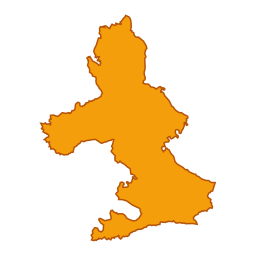 the district of Kubake, Maseru, Lesotho
{"feature_id": "5366337B67565393962303", "entity_name": "Kubake", "entity_type": "district", "adm_level": 2, "iso_a3": "LSO", "parent_name": "Lesotho", "parent_adm1": "Maseru", "projection": "orthographic", "projection_center": [27.695, -29.673], "detail": "fine", "context": "isolated", "style": "filled", "palette": "amber", "viewbox_px": 256, "rotation_deg": 0, "n_neighbors": 0, "source": "geoboundaries", "source_scale": "gbopen_adm2", "svg_char_len": 5847}
<svg xmlns="http://www.w3.org/2000/svg" viewBox="0 0 256 256"><path d="M206.9,211.1L207.5,209.7L209.9,207.8L212.2,208.1L212.5,206.9L211.3,203.9L211.6,202.9L210.3,202.1L210.9,199.4L208.4,197.8L207.6,196.4L207.8,195.0L209.0,192.9L210.3,192.4L211.0,191.2L212.5,191.1L215.2,182.6L211.7,182.5L210.3,182.0L208.8,180.6L205.7,180.4L201.3,178.8L198.9,176.7L196.2,175.6L195.8,174.3L193.7,173.9L189.2,171.9L188.4,170.8L187.6,170.5L187.5,169.7L185.8,169.7L184.5,169.0L183.2,167.6L177.1,164.0L175.1,161.7L173.6,156.4L171.1,153.7L169.0,149.8L167.4,149.0L167.0,148.3L165.8,148.4L165.1,150.3L164.2,150.6L163.4,151.7L161.8,149.2L161.6,148.1L162.6,146.4L165.3,146.8L164.0,143.6L164.2,142.9L166.2,141.9L168.2,142.0L169.2,140.9L169.1,140.2L167.2,137.9L168.8,136.7L169.9,136.5L170.3,138.3L171.5,138.8L173.7,137.6L174.8,136.4L176.2,136.4L177.6,137.9L178.1,137.4L178.2,136.0L175.5,133.7L175.4,130.9L175.8,129.9L177.1,129.6L179.0,130.5L179.2,133.1L180.5,133.4L181.1,133.0L181.9,130.3L183.1,128.9L184.2,125.8L184.4,123.8L184.0,123.1L184.5,122.5L185.1,122.8L186.3,125.1L186.8,125.4L187.6,124.8L186.0,122.1L186.8,120.2L186.3,118.8L187.9,117.9L187.6,116.2L184.0,114.5L181.6,112.7L179.1,112.6L175.5,110.1L172.9,106.7L171.7,106.1L169.2,100.8L164.7,95.7L163.6,93.0L161.8,91.8L161.0,92.3L160.7,91.9L160.8,90.7L161.3,90.1L162.8,89.4L163.8,90.0L164.7,89.6L164.7,88.7L163.9,88.1L162.4,87.7L161.5,88.4L160.7,86.7L159.5,86.7L156.5,88.8L155.4,88.9L155.3,88.3L153.8,87.4L151.0,87.0L148.4,84.1L145.8,84.1L143.1,83.1L143.5,80.8L144.7,79.9L145.4,78.3L144.3,74.6L144.1,72.1L144.9,69.8L145.1,66.7L144.7,58.4L145.8,57.3L145.9,56.6L144.7,53.5L145.8,49.5L146.8,48.5L146.6,47.4L146.0,45.5L143.5,41.2L138.6,37.2L136.1,37.1L134.3,35.5L133.6,32.7L132.1,31.9L131.9,30.8L130.5,30.5L131.2,27.2L131.1,22.8L130.5,19.4L129.2,17.1L125.7,15.4L124.6,17.5L123.7,18.0L120.9,21.9L120.3,21.9L120.3,23.0L121.2,23.9L120.9,24.5L119.5,23.8L118.0,24.2L116.2,23.2L115.8,23.3L115.9,24.9L115.4,25.1L113.5,25.1L112.1,24.2L110.1,27.2L110.1,27.9L109.2,28.5L105.6,25.7L103.0,26.5L104.0,27.3L100.4,26.7L99.5,28.6L99.8,30.6L99.2,33.6L100.6,34.6L100.8,38.3L98.5,38.0L96.2,45.3L94.3,49.1L93.8,51.6L95.1,54.6L95.8,55.1L95.2,57.2L96.4,57.8L97.3,56.8L99.2,56.8L97.4,60.5L97.7,60.8L99.0,60.2L99.3,61.3L100.5,61.1L100.2,62.8L100.7,63.0L100.2,64.9L99.0,65.3L96.6,63.1L92.7,61.1L90.1,56.9L89.9,57.3L89.1,56.6L88.6,56.7L88.1,57.0L88.3,57.4L86.9,58.1L88.5,60.7L88.1,60.9L88.4,62.1L87.6,65.5L89.6,68.9L89.6,72.4L91.8,73.7L92.6,76.1L95.7,77.0L96.2,78.9L95.9,80.9L96.4,83.7L99.1,87.5L99.2,88.4L100.8,89.8L102.4,93.2L101.4,94.6L101.0,96.4L97.1,98.8L95.2,98.9L94.2,100.1L93.3,100.1L92.4,100.9L91.9,100.8L91.3,101.4L89.5,101.0L89.7,101.4L88.1,102.3L88.1,102.6L85.9,102.9L85.6,104.3L84.9,104.3L84.5,105.2L83.1,105.7L82.5,106.6L80.3,106.0L79.8,105.1L79.8,103.3L78.7,102.4L77.5,102.4L75.6,104.2L74.9,109.3L73.6,110.5L71.9,110.7L71.2,112.6L70.1,113.4L69.7,112.9L69.2,113.3L68.5,112.7L65.9,113.4L62.2,112.7L58.5,116.0L57.2,116.4L53.7,115.1L50.5,115.3L50.4,116.8L51.1,119.0L49.6,119.3L49.3,120.1L49.3,121.3L50.6,122.4L50.7,124.7L50.3,124.9L49.4,123.8L46.6,124.2L45.4,122.9L43.8,123.8L40.8,123.3L42.5,126.4L42.6,127.4L41.5,128.4L41.8,129.0L43.6,129.4L43.7,129.8L43.0,131.7L45.2,133.2L46.8,133.4L46.9,134.2L48.4,134.6L48.7,135.8L48.6,137.0L46.9,137.4L44.3,139.6L45.4,139.8L46.7,142.1L49.5,141.9L49.0,143.7L49.8,145.3L49.1,146.6L50.2,146.6L50.6,147.1L50.9,149.2L52.8,148.7L55.6,150.6L55.4,151.7L56.3,153.1L57.1,153.4L59.0,152.9L60.1,154.6L61.0,153.8L64.1,155.0L65.6,154.5L66.5,154.8L68.3,154.4L68.7,153.7L69.9,153.4L71.3,152.2L73.0,152.3L74.2,147.3L76.5,146.0L78.2,144.1L79.7,143.5L81.3,141.2L84.2,141.6L86.0,140.7L94.4,139.4L95.6,139.5L101.3,143.2L102.0,143.2L105.0,141.9L106.5,141.9L108.0,140.9L111.3,140.2L112.0,139.5L113.7,139.6L112.7,144.1L111.6,146.5L112.8,148.1L112.7,148.7L111.2,151.1L111.3,151.7L115.4,156.0L114.8,157.6L115.1,160.6L116.9,161.7L117.7,162.9L119.1,162.3L119.9,161.2L120.5,161.4L121.2,162.5L124.6,164.4L127.6,167.1L130.1,168.6L130.9,174.1L132.9,174.4L134.3,175.3L136.9,178.7L135.1,179.2L134.0,178.2L133.7,177.0L133.0,176.8L132.5,177.2L132.8,177.9L131.3,182.7L128.6,183.2L127.9,181.9L126.8,181.9L126.5,182.4L128.4,185.3L128.1,186.5L127.3,187.0L123.1,187.4L122.8,186.7L123.2,185.3L124.1,184.2L123.9,183.2L122.2,182.1L120.3,182.5L119.6,185.4L117.8,187.9L117.6,189.2L118.2,190.5L118.1,191.4L116.2,193.3L115.9,194.1L118.9,197.7L118.6,199.5L122.3,199.6L126.5,200.8L132.7,205.2L139.8,208.5L140.7,212.5L141.6,213.7L139.0,218.0L136.0,220.5L133.2,220.9L128.7,219.3L126.5,217.9L125.3,215.7L122.9,213.9L119.2,213.7L118.0,214.2L116.8,212.8L116.4,213.1L114.1,212.2L112.3,210.2L111.4,210.5L110.8,210.9L110.1,213.3L111.2,217.6L111.1,218.6L110.3,219.5L104.8,220.7L100.3,218.4L99.1,218.7L98.8,219.8L100.8,223.0L103.6,224.9L103.2,230.1L101.7,231.7L100.6,231.7L98.4,230.5L97.6,228.3L95.6,227.7L94.5,227.9L92.4,231.0L92.9,233.4L91.2,235.1L92.6,237.8L91.5,239.9L93.8,240.6L95.4,240.0L96.2,240.4L96.8,239.7L98.2,239.3L98.6,238.4L99.1,238.9L100.1,238.4L101.6,239.1L104.7,237.0L105.5,238.5L106.8,239.6L107.8,239.3L108.3,238.2L110.8,239.8L112.0,237.6L114.3,238.1L114.1,237.3L117.6,236.4L118.5,235.5L119.1,236.1L119.0,237.6L120.7,239.0L123.4,236.2L124.7,236.7L126.8,236.1L127.5,236.5L129.5,234.8L129.3,233.8L130.9,232.6L131.6,232.7L133.0,231.3L133.8,231.5L135.7,230.8L136.3,229.7L137.2,229.9L138.4,229.1L139.4,229.4L142.3,228.9L144.1,227.4L146.1,227.3L147.5,225.6L149.4,225.1L150.6,224.9L151.6,225.5L154.0,225.0L155.8,225.6L157.2,224.8L159.9,224.4L160.1,222.6L160.8,222.0L165.6,222.4L166.1,221.9L167.8,221.8L168.2,221.2L172.1,221.7L173.0,221.5L173.4,220.8L176.1,223.1L180.5,222.6L181.3,223.1L184.5,223.1L185.6,223.7L192.8,223.5L197.1,224.3L196.6,222.4L195.4,220.6L193.5,219.2L193.5,217.3L194.4,216.7L194.8,215.8L198.2,214.0L198.8,212.5L200.9,211.8L202.0,210.8L203.4,211.2L205.1,210.5L206.9,211.1Z" fill="#f59e0b" stroke="#b45309" stroke-width="1.5"/></svg>